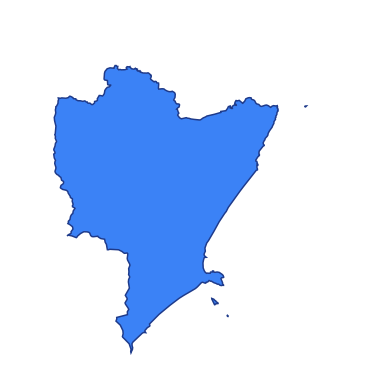 Ky Anh, Ha Tinh, Vietnam, rotated 76°
{"feature_id": "81297802B12468750690576", "entity_name": "Ky Anh", "entity_type": "district", "adm_level": 2, "iso_a3": "VNM", "parent_name": "Vietnam", "parent_adm1": "Ha Tinh", "projection": "robinson", "projection_center": [106.198, 18.11], "detail": "fine", "context": "isolated", "style": "filled", "palette": "blue", "viewbox_px": 384, "rotation_deg": 76, "n_neighbors": 0, "source": "geoboundaries", "source_scale": "gbopen_adm2", "svg_char_len": 6010}
<svg xmlns="http://www.w3.org/2000/svg" viewBox="0 0 384 384"><g transform="rotate(76 192 192)"><path d="M51.7,241.5L51.9,244.5L53.9,247.2L55.6,248.2L61.1,250.0L62.1,249.7L63.4,247.1L67.3,247.8L67.8,247.4L68.4,246.0L68.5,245.1L68.8,245.1L69.9,246.7L70.0,249.0L71.3,250.9L72.4,252.0L75.3,253.3L76.9,255.0L77.2,255.6L76.3,257.3L75.9,258.7L78.7,261.4L79.8,261.4L80.4,262.0L80.6,262.7L80.6,264.6L82.0,265.0L83.1,267.1L82.8,268.3L81.1,269.5L80.8,271.0L80.3,271.7L79.3,271.9L79.2,272.7L77.8,273.8L77.6,274.5L77.7,275.9L76.5,278.2L75.8,280.6L74.4,282.2L73.5,282.2L72.7,284.5L71.6,284.7L69.8,286.7L69.5,287.6L70.5,289.3L70.5,291.7L69.2,295.6L69.2,297.2L68.4,299.0L70.2,299.1L71.0,299.8L73.6,300.6L75.8,302.5L76.3,303.5L77.5,303.8L79.3,304.7L82.0,305.0L83.6,305.7L86.3,307.6L89.7,308.1L95.2,308.1L101.5,310.3L102.6,310.7L103.0,311.2L105.3,311.1L106.8,311.7L110.1,311.2L110.7,311.5L111.7,312.7L114.3,313.8L117.0,315.7L117.9,315.9L119.9,315.4L121.1,315.5L121.8,317.0L125.6,317.4L128.3,316.8L129.6,317.7L131.2,318.3L135.2,318.1L136.5,318.5L138.7,319.9L140.2,319.9L142.2,318.9L143.8,317.2L144.5,317.1L146.1,315.7L149.0,315.7L150.6,314.2L151.2,314.2L152.1,314.4L152.8,314.9L153.9,317.5L155.7,318.6L156.3,318.6L158.2,316.9L159.8,313.8L160.5,313.0L161.6,312.4L163.1,312.4L166.7,311.2L168.0,311.3L169.4,309.9L169.9,309.7L172.0,310.5L174.9,310.3L175.7,310.6L176.3,311.3L177.4,311.5L179.2,309.6L179.6,309.5L181.6,311.8L184.1,312.9L184.6,314.2L186.2,315.7L189.2,317.1L190.5,319.1L191.4,319.1L192.6,320.1L193.9,318.6L196.7,316.4L198.5,316.4L199.3,316.6L201.2,318.9L202.6,319.2L203.0,319.8L203.5,322.1L204.3,323.9L204.0,322.3L205.6,319.1L208.3,315.3L207.9,314.5L207.0,313.6L205.3,310.1L204.4,306.6L205.3,303.5L206.1,301.9L207.0,301.2L209.8,300.8L211.1,299.8L211.6,298.2L212.1,294.1L213.0,293.8L215.1,291.8L216.7,288.2L219.7,288.4L222.2,287.7L227.5,288.1L227.8,287.3L227.7,285.6L230.3,277.2L233.0,274.1L234.5,273.1L235.2,272.2L235.4,270.2L235.6,269.6L236.2,269.3L237.5,269.6L240.7,270.9L242.3,271.0L247.0,269.9L248.2,270.0L251.0,272.0L254.2,272.5L256.9,273.5L258.7,273.0L259.6,273.1L261.5,274.6L263.9,275.5L270.1,276.0L276.1,281.7L279.5,280.7L280.3,280.8L283.4,283.8L284.6,283.7L289.7,281.9L290.6,281.8L292.5,283.7L295.4,284.3L295.5,295.4L297.0,295.7L298.9,297.0L303.8,293.8L309.7,292.6L312.9,293.1L315.4,294.5L316.2,294.3L324.0,289.7L329.8,289.2L332.1,290.1L333.3,290.1L332.8,289.7L332.3,289.7L331.9,289.1L331.2,289.0L330.9,288.2L330.4,287.9L328.6,287.2L326.8,287.3L324.6,286.9L323.3,285.6L317.0,274.5L316.6,272.8L317.3,270.9L315.7,271.4L315.0,271.2L312.8,268.1L312.0,265.6L311.5,265.2L309.8,265.2L302.7,253.5L296.6,240.8L292.0,230.1L290.4,225.3L286.5,212.0L285.3,209.6L282.3,204.9L282.1,204.1L282.2,203.4L283.7,201.2L283.4,200.8L283.5,200.3L283.0,200.0L283.1,198.5L282.0,196.8L283.0,195.7L283.2,194.8L285.4,192.6L286.5,190.8L287.5,189.8L288.0,188.3L289.2,187.5L289.9,186.2L289.9,185.1L290.2,184.0L289.8,183.9L288.3,184.6L287.4,184.3L283.1,184.9L282.4,184.1L282.6,182.5L282.3,181.8L280.4,182.0L279.2,182.7L276.6,185.0L275.7,187.0L275.5,189.1L275.0,190.2L273.9,190.2L273.6,191.2L274.5,191.6L274.2,193.4L275.2,193.9L274.9,195.5L274.5,196.2L274.4,197.6L272.6,198.8L271.1,199.2L268.3,199.5L263.4,198.5L260.6,197.2L258.8,196.1L258.5,195.8L258.8,194.0L257.1,195.2L255.9,195.5L254.7,195.0L252.7,193.4L249.5,193.0L245.0,190.0L243.1,187.7L235.4,180.2L227.4,172.8L220.8,165.6L219.1,163.4L215.8,160.6L203.0,145.5L199.3,140.9L186.5,124.4L186.4,123.2L185.6,122.9L184.4,123.1L181.5,122.5L181.4,121.9L181.9,121.6L181.7,121.4L181.1,121.9L180.5,121.6L180.0,122.0L179.5,121.7L178.0,121.7L177.5,122.5L176.5,122.4L173.9,119.7L172.9,117.9L172.4,118.1L171.7,117.5L171.1,117.8L170.3,117.6L168.6,116.9L164.8,112.0L164.4,110.7L164.0,110.6L162.7,111.2L161.4,111.0L159.4,109.3L159.0,108.6L157.8,108.1L155.9,105.3L155.1,104.6L153.5,103.9L151.5,102.1L148.3,98.4L147.4,97.9L145.3,96.0L143.5,95.4L141.7,93.4L140.4,93.3L139.7,92.4L138.7,92.3L137.4,91.0L135.2,90.2L134.1,88.8L133.4,89.1L132.7,88.5L131.3,88.6L130.9,89.1L129.9,88.4L128.8,88.4L128.9,89.6L127.9,92.1L128.1,93.6L128.9,95.2L126.8,97.0L125.7,98.5L125.5,99.9L125.8,103.6L125.5,104.5L124.9,105.1L123.2,106.0L122.2,107.8L121.5,108.4L118.4,109.2L117.5,110.1L116.6,111.6L116.0,111.9L114.9,111.9L114.3,113.5L114.2,114.8L114.6,117.2L117.1,119.3L117.3,120.3L118.1,121.0L118.2,121.4L114.5,124.0L114.5,126.3L114.0,126.8L113.9,127.2L115.3,128.5L116.7,129.2L117.7,128.1L118.5,128.0L118.6,128.3L117.8,129.3L118.1,131.1L119.4,133.0L120.4,132.5L120.7,133.0L119.6,134.7L117.8,134.0L117.7,134.3L118.0,134.6L117.9,136.0L119.5,137.3L121.3,139.5L120.8,144.6L121.8,144.7L121.8,145.4L122.0,151.2L121.9,159.3L122.4,160.6L122.8,163.2L124.0,166.2L123.9,167.3L122.1,172.3L120.9,175.3L119.7,177.2L119.4,178.3L118.5,179.6L118.4,184.6L117.0,186.1L114.1,187.3L113.4,187.0L112.3,185.7L110.7,186.1L108.4,186.2L107.9,186.9L106.8,185.2L106.4,184.0L104.9,183.2L104.1,183.0L103.5,183.4L102.7,185.6L101.1,186.4L99.9,186.3L99.0,187.2L98.3,187.5L96.1,185.6L93.0,184.6L91.6,184.8L90.7,185.5L89.4,186.9L89.6,187.8L89.1,189.9L88.2,191.4L86.7,193.2L85.2,194.3L84.6,196.0L84.1,199.4L83.2,199.5L79.6,198.3L78.2,198.1L77.5,199.8L76.5,199.9L76.0,200.3L75.7,201.3L76.0,202.1L72.8,204.7L72.0,204.9L70.3,203.7L69.6,203.5L69.0,203.9L68.7,203.5L66.3,205.2L65.7,205.9L65.8,206.7L64.7,210.6L63.3,213.0L62.6,212.7L61.7,213.2L62.2,214.1L61.3,214.8L61.5,215.1L61.3,215.6L60.3,215.8L59.6,215.3L59.0,215.9L58.9,216.2L59.4,216.4L58.2,217.0L58.8,218.6L57.7,220.9L57.3,221.2L56.3,221.5L56.0,222.0L55.3,221.9L55.4,222.6L54.7,224.6L55.3,225.6L56.0,225.4L56.6,225.8L57.0,225.5L57.1,227.6L56.3,231.3L55.6,232.2L55.8,233.4L54.1,234.5L52.2,233.6L51.9,234.4L50.9,235.0L50.7,236.1L51.8,236.9L52.2,237.5L53.0,237.8L51.7,241.5ZM300.6,198.7L306.8,197.4L306.9,197.0L306.3,196.2L306.5,193.7L305.8,193.7L304.3,195.1L303.6,195.2L302.6,196.1L301.3,196.8L300.0,198.6L300.6,198.7ZM136.5,61.8L136.9,61.2L136.2,60.1L136.0,61.3L136.2,61.8L136.5,61.8ZM321.3,187.6L321.5,187.2L321.1,186.9L320.2,187.5L320.5,187.8L321.3,187.6Z" fill="#3b82f6" stroke="#1e3a8a" stroke-width="1.5"/></g></svg>